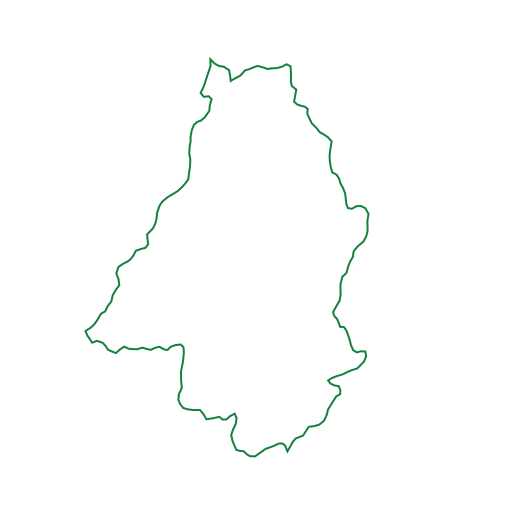 Monte Belo, Minas Gerais, Brazil (Equal Earth projection), rotated 19°
{"feature_id": "56859067B81338471548268", "entity_name": "Monte Belo", "entity_type": "district", "adm_level": 2, "iso_a3": "BRA", "parent_name": "Brazil", "parent_adm1": "Minas Gerais", "projection": "equal_earth", "projection_center": [-46.327, -21.306], "detail": "fine", "context": "isolated", "style": "outline", "palette": "green", "viewbox_px": 512, "rotation_deg": 19, "n_neighbors": 0, "source": "geoboundaries", "source_scale": "gbopen_adm2", "svg_char_len": 3072}
<svg xmlns="http://www.w3.org/2000/svg" viewBox="0 0 512 512"><g transform="rotate(19 256 256)"><path d="M226.8,65.3L222.4,64.8L219.0,68.5L214.4,71.6L210.5,73.2L205.8,75.4L200.5,75.4L195.5,75.8L192.2,78.5L188.9,81.5L185.2,84.1L182.4,90.6L178.6,94.6L175.1,98.7L173.0,94.3L170.1,89.1L163.9,87.5L159.3,88.4L154.1,87.5L148.8,84.9L151.2,91.3L151.2,98.5L151.3,103.9L151.4,110.1L151.2,114.9L150.5,119.8L154.8,122.5L159.3,120.4L163.0,122.2L163.2,128.1L164.6,133.9L162.6,141.2L159.9,145.9L156.8,148.3L154.6,152.2L154.3,157.6L155.2,164.3L156.8,168.8L157.9,175.2L159.5,180.8L162.5,186.2L164.4,192.5L165.7,199.3L167.0,205.7L165.2,211.3L163.4,215.4L160.8,220.2L156.7,225.1L153.3,229.2L149.6,235.2L148.4,240.0L148.4,247.0L149.9,253.7L150.2,258.2L149.6,263.4L147.9,267.0L146.0,271.0L148.0,275.5L150.2,279.8L148.9,284.2L144.8,286.9L140.6,290.3L139.9,295.7L138.3,300.1L136.1,303.4L132.6,306.9L129.5,311.2L129.6,317.9L133.5,322.6L136.3,328.2L134.6,333.2L133.3,339.7L134.0,346.2L132.2,351.2L131.4,357.5L128.2,361.1L126.8,368.3L125.4,373.1L123.1,377.5L119.2,382.5L122.4,386.1L125.7,388.5L129.3,391.3L133.3,388.0L139.3,388.0L143.3,390.2L146.6,392.8L150.9,393.2L155.1,393.4L157.9,388.5L160.9,384.6L166.1,385.1L170.3,384.0L174.1,382.8L178.3,379.7L182.6,379.5L187.0,379.0L190.8,375.4L194.3,373.3L199.4,374.2L203.0,373.7L204.7,369.9L208.6,366.6L213.5,364.2L217.1,365.8L219.2,370.8L221.2,379.0L222.7,389.5L225.6,397.8L228.8,404.9L228.1,412.0L229.5,417.4L232.7,420.8L236.7,423.4L241.2,423.2L247.1,422.0L253.1,419.8L257.6,422.5L262.3,426.5L266.8,424.1L269.9,422.4L273.6,420.0L277.7,421.5L281.4,420.1L283.4,416.2L287.1,412.0L290.4,415.6L291.5,421.3L290.8,427.7L290.8,433.2L293.9,438.4L297.7,442.7L300.6,445.8L304.1,445.5L308.3,444.7L311.9,446.5L315.4,447.2L320.2,445.9L324.5,440.0L327.8,435.3L330.9,432.9L334.4,430.0L338.5,426.0L342.3,424.6L345.5,426.0L349.3,430.5L350.3,425.5L351.2,420.0L353.0,415.6L355.8,413.2L359.0,410.4L360.2,405.4L361.5,400.3L366.2,398.0L370.7,394.9L373.9,389.6L374.6,383.5L374.1,377.6L375.7,370.4L377.6,362.6L380.6,359.3L379.4,355.2L376.5,352.1L372.1,352.9L367.7,352.3L364.7,350.2L367.3,346.9L371.2,343.5L376.7,339.5L380.4,335.7L383.5,332.9L388.3,329.4L390.9,324.1L392.5,320.5L392.8,315.1L390.5,310.7L386.3,311.9L382.6,314.3L378.5,313.4L374.9,309.5L372.1,305.1L368.8,300.8L365.6,296.9L362.2,294.5L358.6,295.6L356.2,292.5L353.2,289.2L349.7,287.4L347.1,283.9L348.2,278.0L349.6,271.1L348.7,265.2L347.0,260.8L345.1,255.1L344.4,247.6L347.0,242.6L346.6,236.1L346.8,230.6L347.9,225.6L346.8,219.7L349.1,213.6L352.9,207.4L353.8,201.2L353.4,196.3L352.0,192.1L350.0,187.1L348.7,179.6L343.8,175.2L338.7,174.6L334.8,176.2L331.2,180.2L327.3,180.7L324.7,177.8L322.6,173.4L319.9,167.8L316.2,163.4L312.5,160.2L309.4,155.8L305.7,152.9L300.9,152.1L297.6,147.4L294.7,141.8L292.8,136.9L291.6,131.2L290.2,123.0L285.3,120.3L281.1,119.1L276.0,118.2L271.9,115.5L268.6,113.9L265.3,112.2L261.8,108.6L258.2,104.8L257.0,100.1L253.4,98.9L249.7,99.3L245.6,99.3L241.8,97.7L240.7,91.1L240.0,85.6L234.7,83.7L232.4,80.3L231.1,75.9L229.3,71.1L226.8,65.3Z" fill="none" stroke="#15803d" stroke-width="2"/></g></svg>